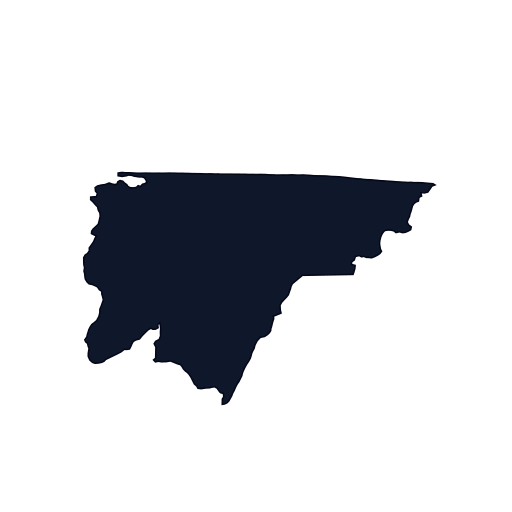 the district of Conde, Bahia, Brazil, rotated 249°
{"feature_id": "56859067B41531106356", "entity_name": "Conde", "entity_type": "district", "adm_level": 2, "iso_a3": "BRA", "parent_name": "Brazil", "parent_adm1": "Bahia", "projection": "robinson", "projection_center": [-37.676, -11.864], "detail": "fine", "context": "isolated", "style": "filled", "palette": "ink", "viewbox_px": 512, "rotation_deg": 249, "n_neighbors": 0, "source": "geoboundaries", "source_scale": "gbopen_adm2", "svg_char_len": 4452}
<svg xmlns="http://www.w3.org/2000/svg" viewBox="0 0 512 512"><g transform="rotate(249 256 256)"><path d="M382.9,157.0L380.3,156.0L378.3,159.4L377.4,163.4L377.2,166.1L375.8,168.9L374.3,170.7L372.8,173.3L371.6,175.4L370.7,177.9L369.0,179.9L366.5,180.5L364.0,180.5L363.4,178.2L363.7,175.8L362.3,173.0L363.9,171.2L362.9,168.9L363.5,166.0L364.9,163.0L366.7,161.4L369.0,160.9L371.4,159.3L373.5,158.5L375.2,156.1L374.8,153.6L373.0,152.0L373.4,149.6L374.9,147.3L376.8,145.1L376.8,140.7L377.7,137.0L378.2,133.1L377.5,130.3L374.1,129.4L371.4,130.4L368.6,128.3L369.5,125.5L370.3,122.8L367.8,121.8L365.0,123.2L361.1,124.6L358.7,125.7L355.3,125.2L352.3,125.7L349.0,124.8L346.6,123.2L344.2,121.6L342.2,120.1L340.8,116.8L339.5,113.5L338.1,111.5L335.9,110.4L333.7,112.4L331.9,114.1L330.0,111.8L327.6,109.6L324.8,105.5L323.3,103.2L320.6,102.3L318.7,99.5L318.2,97.0L316.3,94.6L312.1,93.0L309.6,92.2L306.4,91.7L303.6,90.0L300.9,89.7L298.0,88.9L295.7,88.4L292.3,89.0L289.8,90.2L288.1,92.9L285.7,95.4L283.8,97.0L280.6,97.7L278.3,99.4L275.7,98.4L273.0,98.2L269.8,97.8L267.3,95.7L264.7,93.5L262.3,91.2L258.7,89.7L255.6,87.4L252.8,84.1L251.7,81.1L250.9,78.2L249.0,75.6L247.2,73.6L245.1,72.0L243.3,70.5L241.1,69.1L239.1,66.1L236.9,66.2L234.8,67.4L231.9,67.0L229.5,67.0L227.3,65.7L225.2,64.5L222.4,63.4L218.4,63.6L215.2,65.3L213.5,67.3L212.5,70.8L212.0,74.0L212.2,76.4L213.3,78.6L214.4,91.5L214.9,95.8L216.1,99.5L215.1,101.8L214.5,104.6L216.5,106.8L218.4,108.6L220.2,110.7L220.7,113.6L220.3,117.5L222.4,121.1L224.2,125.1L225.8,128.9L226.2,132.0L224.6,133.4L223.7,135.9L224.1,138.9L227.3,139.7L228.1,142.2L224.5,141.6L222.1,140.9L219.5,139.6L215.5,138.2L212.8,135.7L212.3,131.7L210.6,129.5L206.8,129.9L196.6,125.7L195.7,123.1L193.2,124.1L192.7,127.2L191.2,129.6L189.5,134.4L188.7,138.5L183.3,144.3L181.6,146.6L179.1,147.4L176.5,147.8L173.9,148.9L172.1,150.1L169.6,151.1L166.0,151.9L161.8,152.3L158.6,152.6L155.8,154.1L153.3,154.4L151.8,157.2L150.8,161.8L149.6,165.4L149.3,168.2L148.7,170.6L146.4,172.4L143.4,173.1L141.2,173.8L139.3,176.3L136.1,175.4L134.5,173.3L129.6,171.3L129.1,173.6L129.3,176.1L130.3,178.5L132.5,181.2L134.2,183.2L136.3,185.0L138.3,187.4L141.1,190.1L143.5,192.9L144.8,194.9L146.9,197.2L149.3,199.8L151.8,201.5L153.5,203.1L155.8,205.5L158.2,208.3L160.3,211.3L162.6,214.0L164.6,215.6L166.5,216.9L168.1,218.4L170.4,221.1L173.0,222.9L174.8,224.8L176.5,226.8L178.5,230.9L177.8,235.1L178.5,238.4L179.6,241.0L181.0,242.9L183.0,243.9L184.7,245.3L187.2,247.0L189.0,248.3L191.0,250.0L193.5,250.7L193.7,258.9L196.7,259.3L201.3,260.7L203.5,263.2L205.0,266.1L206.7,269.7L208.2,272.3L211.2,274.8L213.0,276.4L215.1,277.8L217.1,280.0L221.3,292.4L204.0,340.0L205.8,341.5L208.7,343.7L211.7,345.2L213.8,342.2L216.2,343.1L217.1,346.4L220.0,348.6L219.4,352.5L217.4,354.3L217.0,356.6L215.2,358.5L214.0,361.2L212.9,363.3L212.9,366.8L213.4,370.6L214.1,372.9L215.4,374.9L217.7,374.6L220.4,375.1L223.4,375.8L226.3,377.3L229.0,379.2L230.8,380.9L232.2,382.6L233.6,385.2L233.0,388.3L231.8,391.2L230.0,393.8L227.7,395.0L227.2,398.6L225.2,401.3L224.6,404.0L224.7,406.9L225.1,409.8L227.5,411.4L230.3,409.6L233.4,409.2L235.9,411.3L237.9,413.5L239.9,414.7L242.3,416.8L246.8,420.1L248.4,422.4L249.1,424.9L249.0,427.3L252.4,429.2L252.6,432.1L256.1,432.6L254.5,435.9L254.1,439.3L256.0,442.2L258.2,445.3L258.2,448.6L260.1,447.1L261.9,443.3L263.9,439.3L265.3,436.4L266.6,433.1L267.9,429.8L269.4,426.7L270.2,424.2L271.5,421.4L272.5,419.1L273.5,417.0L274.8,414.0L276.7,410.1L278.7,405.8L280.4,402.2L281.8,399.0L283.5,395.7L285.1,392.4L286.3,389.9L287.3,387.4L289.0,383.9L290.6,381.0L291.6,378.6L293.5,374.9L295.7,370.7L298.2,366.0L300.0,362.4L301.6,358.8L303.3,354.8L305.1,351.2L306.8,347.3L308.0,344.2L309.1,341.5L310.4,338.4L311.7,335.8L313.5,331.8L314.8,329.0L315.8,326.1L316.9,323.2L317.9,321.0L319.1,318.2L319.9,315.8L320.7,313.5L321.7,311.0L322.6,308.6L323.4,306.4L324.2,304.2L325.3,301.8L327.0,297.6L328.8,293.7L330.4,289.8L332.1,285.2L333.0,283.0L334.6,278.8L336.5,274.4L338.0,270.5L339.7,266.1L340.8,263.4L342.0,260.4L343.3,257.0L344.2,254.6L345.1,252.3L346.2,250.0L347.0,247.7L348.1,245.1L349.2,242.6L350.2,239.7L351.1,237.5L352.8,233.5L354.1,230.2L355.0,228.0L355.9,225.7L357.3,222.5L358.3,219.9L359.6,217.0L360.7,214.0L361.7,211.6L362.6,209.5L363.9,206.2L365.2,202.8L366.4,199.3L368.1,195.1L369.6,191.1L371.2,187.0L372.9,182.8L374.1,179.5L375.2,176.4L376.2,174.0L377.5,171.2L379.0,167.8L380.4,164.2L382.1,160.7L382.9,157.0Z" fill="#0f172a" stroke="#020617" stroke-width="1.5"/></g></svg>